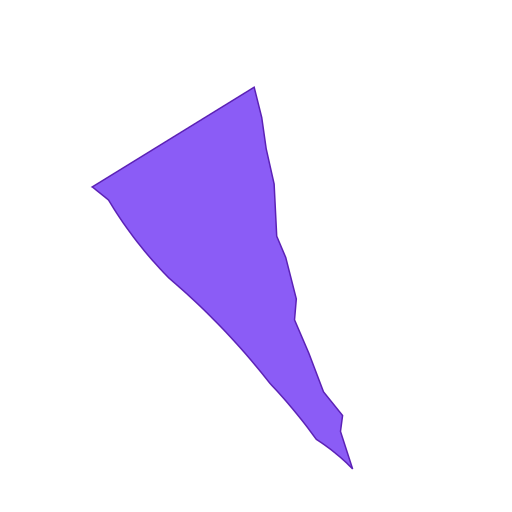 Ras al-Bar, Dumyat, Egypt (Equal Earth projection), rotated 115°
{"feature_id": "37247803B87284090425389", "entity_name": "Ras al-Bar", "entity_type": "district", "adm_level": 2, "iso_a3": "EGY", "parent_name": "Egypt", "parent_adm1": "Dumyat", "projection": "equal_earth", "projection_center": [31.836, 31.51], "detail": "fine", "context": "isolated", "style": "filled", "palette": "violet", "viewbox_px": 512, "rotation_deg": 115, "n_neighbors": 0, "source": "geoboundaries", "source_scale": "gbopen_adm2", "svg_char_len": 1171}
<svg xmlns="http://www.w3.org/2000/svg" viewBox="0 0 512 512"><g transform="rotate(115 256 256)"><path d="M262.6,433.6L262.6,433.4L262.7,433.0L264.1,427.4L267.3,414.4L267.5,413.8L267.6,413.3L269.9,409.8L273.1,405.0L276.2,400.1L279.2,395.2L282.2,390.2L285.1,385.1L287.9,380.0L290.7,374.9L293.4,369.7L296.0,364.4L298.6,359.2L301.1,353.8L303.5,348.5L305.8,343.0L308.1,337.6L310.3,332.1L312.4,326.6L312.6,326.0L312.8,325.5L314.9,318.2L317.1,310.7L319.3,303.3L321.7,295.8L324.1,288.4L326.6,281.0L329.2,273.7L331.9,266.4L334.6,259.1L337.4,251.9L340.3,244.7L343.3,237.5L346.3,230.4L349.4,223.3L352.6,216.3L355.9,209.3L359.2,202.3L362.6,195.4L365.5,189.6L366.8,186.5L369.3,180.2L372.0,173.9L374.7,167.7L377.5,161.6L380.4,155.4L383.3,149.4L386.3,143.3L389.4,137.3L392.6,131.4L395.8,125.5L396.7,123.8L396.9,122.3L397.5,118.3L398.2,114.2L399.0,110.2L399.8,106.2L400.8,102.2L401.8,98.3L402.8,94.4L404.0,90.5L405.2,86.6L406.6,82.8L407.9,79.0L408.2,78.4L408.0,78.6L379.3,105.3L364.0,110.1L350.6,137.4L321.9,166.9L297.6,194.1L277.9,201.3L244.8,228.4L229.3,245.6L183.1,270.0L154.5,292.1L128.1,309.3L103.8,329.0L262.6,433.6Z" fill="#8b5cf6" stroke="#5b21b6" stroke-width="1.5"/></g></svg>